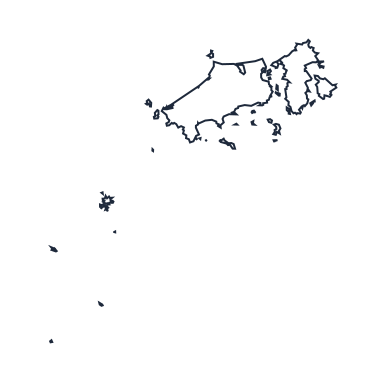 Flinders (Tas.), Tasmania, Australia (orthographic projection), rotated 274°
{"feature_id": "25037944B15550630319657", "entity_name": "Flinders (Tas.)", "entity_type": "district", "adm_level": 2, "iso_a3": "AUS", "parent_name": "Australia", "parent_adm1": "Tasmania", "projection": "orthographic", "projection_center": [148.029, -39.899], "detail": "fine", "context": "isolated", "style": "outline", "palette": "slate", "viewbox_px": 384, "rotation_deg": 274, "n_neighbors": 0, "source": "geoboundaries", "source_scale": "gbopen_adm2", "svg_char_len": 6176}
<svg xmlns="http://www.w3.org/2000/svg" viewBox="0 0 384 384"><g transform="rotate(274 192 192)"><path d="M244.4,185.2L241.3,186.6L242.7,189.9L248.3,192.2L249.8,195.0L256.4,191.4L258.4,191.3L259.7,193.2L261.3,193.2L260.7,193.7L264.2,200.2L265.4,206.8L263.9,211.3L262.2,211.6L261.4,213.9L259.7,213.3L258.2,216.1L260.5,215.7L263.6,218.8L267.0,217.4L269.5,218.3L272.2,223.5L272.5,231.0L274.1,229.0L272.7,227.7L274.0,226.3L275.0,228.5L277.9,229.6L279.0,232.1L280.5,232.2L282.4,238.5L282.1,245.1L285.8,251.7L285.5,254.0L283.9,254.3L283.2,253.2L283.3,256.0L283.9,257.0L285.5,256.8L286.4,260.7L288.5,260.3L289.4,262.3L292.0,262.8L292.8,264.5L293.3,264.4L293.7,263.3L294.3,262.9L293.7,263.4L297.8,265.5L299.0,264.1L301.9,263.9L302.2,263.6L302.3,263.0L302.6,262.7L302.9,263.7L304.8,261.3L307.4,260.8L308.6,254.7L311.1,253.0L314.7,252.7L316.0,253.9L318.5,252.9L320.5,254.3L320.4,257.0L322.1,257.1L329.8,252.8L326.9,245.9L322.9,227.4L322.0,227.4L322.3,233.6L321.6,234.5L314.8,236.7L313.1,235.4L315.4,231.5L316.6,232.0L320.5,228.8L319.9,229.6L320.1,229.4L321.4,227.8L322.7,224.9L321.6,213.2L323.5,204.6L318.8,205.0L310.4,200.7L309.4,201.6L306.6,201.2L306.2,202.0L306.2,201.4L305.4,200.7L305.3,200.2L306.3,201.3L306.2,200.3L307.6,201.0L298.2,191.5L297.2,191.4L295.8,190.7L298.0,191.2L277.3,164.7L273.5,158.2L273.8,160.5L274.2,160.5L274.5,160.6L273.7,160.8L278.0,167.9L274.5,164.0L275.1,166.5L274.4,166.7L272.8,161.2L272.7,158.6L273.9,157.6L270.6,156.2L267.2,161.1L263.9,162.2L261.9,164.4L260.1,163.9L258.6,161.6L256.4,162.3L257.0,164.6L259.5,167.0L258.8,168.3L259.7,169.4L258.6,171.6L255.3,173.8L256.9,176.5L255.8,179.4L253.6,178.5L252.9,179.6L249.7,179.0L248.1,182.4L245.3,182.3L244.4,185.2ZM281.5,293.0L284.6,295.2L283.1,296.2L285.9,296.7L286.4,297.7L285.5,298.6L288.5,300.8L292.5,301.6L293.2,300.2L296.5,299.8L298.7,298.2L300.8,300.2L300.5,302.3L302.2,301.0L300.9,299.8L304.1,300.3L308.9,297.4L310.6,298.7L311.9,302.6L313.5,303.4L320.6,297.6L320.5,296.1L322.4,295.9L323.6,297.2L326.0,295.7L329.9,303.2L330.0,306.7L332.1,308.7L336.2,305.5L339.2,308.1L339.6,304.9L341.6,302.7L344.1,303.3L344.9,300.9L344.0,300.0L345.1,298.4L347.1,297.7L350.5,299.0L351.8,297.4L349.3,295.8L348.3,292.3L346.8,291.6L347.3,285.9L346.3,286.5L343.2,284.8L340.6,286.1L340.4,285.2L341.2,284.9L339.3,282.1L335.2,278.9L333.8,276.4L334.1,275.1L329.1,268.9L329.3,270.7L327.2,273.0L325.8,273.0L324.6,275.0L321.9,274.5L319.6,278.7L319.6,277.7L316.5,277.0L316.1,275.7L314.0,276.7L313.4,275.0L311.2,274.2L310.6,279.0L308.3,281.7L308.4,280.6L307.1,279.5L304.4,280.1L303.3,278.9L301.3,279.1L301.1,277.8L293.0,279.6L291.5,278.5L288.6,282.2L285.3,282.1L283.7,284.3L279.7,285.6L277.6,287.8L278.3,289.2L277.0,290.9L278.0,291.5L277.8,294.5L279.1,295.0L281.5,293.0ZM296.8,311.8L293.9,316.3L294.3,317.3L297.7,317.4L297.4,319.1L296.8,318.9L297.4,319.5L296.5,322.9L298.5,324.3L299.2,323.0L300.6,323.8L301.8,323.0L306.2,328.7L308.2,327.3L309.2,327.9L308.3,324.7L314.7,316.6L313.7,315.2L314.2,311.8L316.5,309.5L316.7,306.2L313.6,307.2L311.7,310.6L310.6,310.8L307.7,308.0L305.5,309.6L299.2,310.5L298.5,312.2L296.8,311.8ZM175.4,110.0L175.7,113.8L176.9,114.3L177.7,113.4L177.5,111.4L179.1,111.1L180.7,112.8L180.4,110.4L181.7,109.5L179.8,107.7L182.1,106.1L179.4,105.5L179.1,103.3L177.6,103.6L177.0,105.1L176.0,103.9L174.3,107.0L174.8,108.0L173.5,108.5L173.8,110.2L174.5,109.4L175.4,110.0ZM255.4,269.1L254.9,271.6L257.9,272.5L256.4,275.4L259.1,274.5L261.6,275.8L265.2,274.0L265.8,271.0L264.9,269.0L262.9,271.4L260.8,271.8L259.6,270.1L257.9,270.5L255.4,269.1ZM245.8,216.7L244.9,216.1L243.9,217.2L242.7,223.1L241.3,224.7L241.9,226.5L238.1,229.5L238.2,231.9L242.7,230.2L243.6,227.8L243.2,225.0L245.7,220.9L247.4,219.9L245.7,217.8L245.8,216.7ZM324.0,262.3L322.5,266.9L321.5,266.9L321.9,268.4L325.5,269.3L327.3,267.8L327.8,267.8L328.2,268.2L328.3,268.2L328.5,268.2L326.5,264.0L324.0,262.3ZM262.6,149.2L263.1,152.7L264.7,153.3L266.1,152.1L267.1,153.2L270.8,152.8L271.3,151.7L268.3,149.4L265.2,150.1L264.3,148.7L262.6,149.2ZM168.7,107.6L166.9,109.3L169.7,108.4L170.5,109.5L172.0,107.9L171.9,105.9L172.8,105.8L172.2,104.7L173.6,104.4L172.6,102.8L173.1,101.1L170.8,101.3L170.6,102.8L168.7,102.5L170.5,103.3L171.8,105.9L170.0,107.3L168.3,106.8L168.7,107.6ZM274.4,144.1L274.4,145.1L278.1,145.1L281.1,142.2L279.5,140.5L277.6,141.2L276.8,139.9L276.0,141.2L277.2,142.9L274.4,144.1ZM327.1,201.0L328.3,203.6L331.2,203.4L332.0,201.9L329.1,198.1L328.4,200.6L327.1,201.0ZM315.4,260.5L318.1,262.3L319.6,261.3L318.1,259.2L313.8,258.9L314.6,261.7L315.4,260.5ZM266.6,266.4L268.9,266.8L270.1,264.8L269.5,262.5L267.1,263.9L266.6,266.4ZM283.0,280.6L280.3,280.8L278.5,283.0L276.9,283.0L276.7,284.3L281.8,282.9L283.0,280.6ZM331.0,309.8L329.7,309.1L328.7,310.4L330.0,311.1L331.5,314.6L331.0,309.8ZM124.4,56.0L123.2,60.4L123.7,61.1L126.1,58.8L125.1,58.1L125.7,56.9L124.4,56.0ZM289.0,306.6L290.2,306.2L290.8,308.1L291.8,307.9L288.8,303.8L286.6,304.9L289.0,306.6ZM299.6,270.5L303.8,270.1L304.5,269.0L300.7,268.8L299.6,270.5ZM327.1,309.7L325.0,311.0L325.8,312.3L325.1,314.3L326.4,314.5L327.1,309.7ZM295.7,269.9L294.2,271.9L294.3,272.7L296.2,272.7L296.9,270.2L295.7,269.9ZM265.9,246.5L263.5,247.4L263.5,249.8L264.8,248.0L267.0,248.2L265.9,246.5ZM72.2,109.7L72.7,110.8L73.5,110.3L75.1,107.2L73.3,107.8L72.2,109.7ZM275.5,249.8L277.5,248.1L277.0,246.5L275.8,245.9L275.0,246.5L276.1,248.3L275.5,249.8ZM249.3,269.8L247.5,270.7L248.5,270.7L249.7,273.6L249.3,269.8ZM33.2,60.9L32.2,61.4L32.6,63.0L34.3,62.1L33.2,60.9ZM316.5,256.5L318.0,257.1L318.9,256.6L318.1,255.3L316.7,255.4L316.5,256.5ZM309.8,260.9L310.4,262.5L311.8,261.8L311.4,260.5L309.8,260.9ZM263.2,231.5L262.3,230.1L262.4,232.4L263.2,231.5ZM334.4,201.1L333.1,201.1L332.7,201.8L334.1,202.4L334.4,201.1ZM230.1,150.3L231.4,150.3L232.0,149.6L230.5,149.6L230.1,150.3ZM244.5,193.6L245.6,192.7L245.2,192.5L244.5,193.6ZM184.9,101.8L184.0,103.1L185.4,102.8L184.9,101.8ZM246.4,196.7L246.0,195.6L245.3,196.6L246.4,196.7ZM126.4,55.9L126.6,56.8L127.1,55.3L126.4,55.9ZM245.3,201.8L244.3,202.4L243.8,203.2L245.3,201.8ZM146.4,118.2L147.3,118.1L146.8,117.2L146.6,117.2L146.4,118.2ZM326.0,271.2L325.8,272.0L326.8,271.9L326.0,271.2ZM296.8,268.5L296.1,269.3L297.1,268.6L296.8,268.5Z" fill="none" stroke="#1e293b" stroke-width="2"/></g></svg>